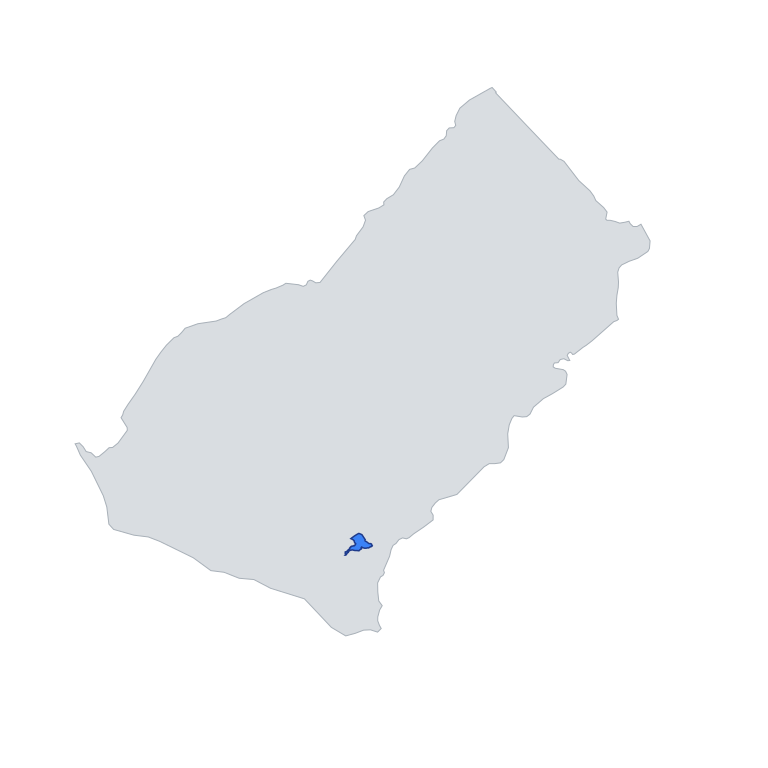 South Dayi, Volta, Ghana shown in context, rotated 47°
{"feature_id": "2480657B27395942809935", "entity_name": "South Dayi", "entity_type": "district", "adm_level": 2, "iso_a3": "GHA", "parent_name": "Ghana", "parent_adm1": "Volta", "projection": "natural_earth1", "projection_center": [0.223, 6.546], "detail": "fine", "context": "in_parent", "style": "filled", "palette": "blue", "viewbox_px": 768, "rotation_deg": 47, "n_neighbors": 0, "source": "geoboundaries", "source_scale": "gbopen_adm2", "svg_char_len": 4939}
<svg xmlns="http://www.w3.org/2000/svg" viewBox="0 0 768 768"><g transform="rotate(47 384 384)"><path d="M460.8,91.8L465.9,97.4L467.0,100.6L465.1,112.6L461.4,121.1L459.0,129.0L459.4,132.9L461.6,136.8L469.4,143.0L473.3,147.0L478.0,153.2L483.4,159.1L492.7,166.9L496.6,168.3L496.4,170.4L495.1,173.4L494.3,202.3L493.6,209.8L492.9,213.5L492.0,224.3L491.1,225.9L489.3,225.7L487.7,226.1L487.3,228.3L488.0,230.5L493.5,232.1L492.3,233.7L488.2,235.2L486.3,238.4L487.1,242.1L484.8,245.1L485.5,247.1L486.9,248.6L489.3,248.0L495.8,243.1L498.5,242.5L501.9,243.6L508.1,251.1L508.4,254.9L505.9,267.6L503.4,277.4L502.9,290.5L505.6,297.8L505.2,301.9L502.4,305.4L495.9,310.4L496.4,313.9L499.3,320.3L504.8,327.5L515.4,336.4L521.0,347.9L521.1,352.6L517.8,357.3L514.0,361.4L512.8,367.3L514.5,406.0L506.1,422.8L506.0,427.6L506.9,433.2L509.1,436.6L513.4,437.5L516.9,440.8L515.7,452.5L513.8,464.6L513.5,470.4L512.5,473.2L509.2,475.4L508.0,479.2L508.8,483.9L508.2,487.4L510.0,491.8L513.8,497.4L519.9,511.3L522.3,512.4L523.3,515.3L522.7,518.1L525.1,524.3L531.9,530.4L539.1,535.8L544.9,536.5L546.3,541.3L550.1,547.4L552.9,550.1L557.3,551.9L560.9,552.8L561.1,557.9L554.6,561.5L550.1,566.8L546.8,574.9L542.1,583.8L526.0,588.5L519.9,588.5L486.9,588.7L456.0,606.3L438.3,612.5L427.3,622.4L412.6,629.4L402.4,637.9L381.0,642.0L346.0,655.4L335.1,660.7L324.0,670.0L306.0,680.9L298.9,680.8L284.9,670.6L274.3,665.5L248.3,657.6L229.0,654.6L219.6,651.3L217.1,650.7L219.3,647.0L224.7,646.8L230.3,647.9L234.6,645.1L240.9,644.7L242.6,641.8L243.1,634.4L243.1,628.5L245.3,625.8L245.8,618.8L242.8,603.3L240.6,601.5L229.3,599.3L228.4,596.2L226.4,593.0L224.3,585.0L221.8,573.1L217.9,558.3L210.3,534.0L208.5,525.3L207.2,516.6L206.9,506.1L208.5,502.2L208.3,496.8L207.6,491.4L213.0,479.0L223.5,463.8L225.7,458.4L227.6,454.5L227.9,449.1L229.8,431.4L234.9,410.0L238.0,402.0L240.2,397.6L242.8,390.5L243.4,387.1L253.1,378.8L257.5,376.5L258.5,373.2L257.0,369.6L257.7,367.1L260.0,365.9L263.5,364.9L266.1,361.5L262.1,335.1L258.9,308.8L258.7,306.6L256.8,303.0L254.8,292.1L251.6,285.8L247.1,283.9L247.1,277.9L251.7,267.8L252.9,261.9L250.7,260.1L250.4,255.5L252.0,248.1L251.2,243.5L250.4,238.6L245.7,227.1L244.5,218.9L247.0,214.2L246.9,203.7L244.4,187.6L244.0,177.5L245.7,173.2L244.9,169.2L241.5,165.4L241.2,161.7L244.2,158.1L243.8,155.2L240.2,153.2L236.9,148.2L234.0,140.4L234.6,127.8L240.2,104.7L240.9,102.7L247.1,102.8L247.1,103.8L266.4,103.6L288.5,103.4L314.9,103.1L338.8,102.8L339.9,101.7L343.9,100.5L368.1,102.8L383.2,101.6L389.6,102.4L394.3,104.0L404.8,103.0L410.4,103.6L414.6,109.4L416.3,109.3L418.6,106.9L422.8,104.1L427.1,101.9L430.1,97.3L432.0,93.9L434.7,94.6L438.7,94.4L441.4,91.5L442.4,87.1L460.8,91.8Z" fill="#d9dde1" stroke="#a8b0b8" stroke-width="1"/><path d="M494.0,502.7L493.9,502.7L493.7,502.9L493.0,502.6L492.8,502.4L492.5,502.3L492.4,502.4L492.2,502.5L491.9,502.6L491.7,502.6L491.2,503.0L491.0,503.3L490.9,503.4L490.8,503.5L490.7,503.6L490.5,503.8L490.4,503.8L490.2,503.9L487.5,504.3L486.9,504.5L486.7,504.6L486.4,504.8L485.9,504.8L485.7,504.8L485.5,504.7L485.4,504.6L485.2,504.5L485.3,504.5L485.2,504.4L485.1,504.2L485.0,503.9L479.1,502.9L477.5,503.6L476.6,504.0L476.0,504.5L475.5,506.5L475.0,509.1L474.6,512.3L474.5,513.7L476.5,512.9L478.3,512.7L478.4,512.8L478.5,512.9L478.7,513.0L478.8,513.1L479.2,513.4L480.2,513.6L480.7,513.7L480.8,513.7L481.0,513.6L481.3,513.6L481.3,513.8L481.5,513.8L481.6,514.0L481.8,514.1L481.8,514.3L481.8,514.5L481.9,514.8L482.0,514.8L482.1,515.1L482.1,515.3L482.1,515.5L482.0,515.8L482.0,516.0L481.9,516.0L481.8,516.3L481.7,516.3L481.7,516.5L481.6,516.8L481.4,517.0L481.3,517.3L481.2,517.4L481.2,517.5L480.8,517.8L480.8,518.0L480.7,518.1L480.6,518.4L480.6,518.5L480.4,518.7L480.4,518.8L480.4,519.0L480.4,519.5L480.5,519.5L480.7,519.8L480.6,520.0L480.7,520.3L480.7,520.6L480.5,520.9L480.5,521.0L480.7,521.3L480.8,521.3L481.0,521.4L481.1,521.5L481.2,521.8L481.3,522.2L481.2,522.3L481.1,522.5L480.9,522.8L480.9,523.0L481.0,524.9L481.1,525.2L481.1,525.3L481.0,525.6L480.9,525.9L480.9,526.0L480.8,526.3L480.6,526.5L480.4,526.8L481.2,527.7L481.3,527.7L481.4,527.8L481.6,527.8L481.7,528.0L481.8,528.0L482.0,528.2L482.1,528.3L482.3,528.5L482.5,528.5L482.7,528.8L482.8,528.9L482.8,529.0L482.9,528.9L483.0,528.7L483.0,528.4L483.1,528.2L483.1,527.9L483.0,527.7L482.9,527.5L482.8,526.8L482.7,526.7L482.7,526.4L482.6,526.2L482.4,525.9L482.3,525.7L482.2,525.5L482.3,525.5L482.5,525.4L482.8,525.1L482.8,524.9L482.7,524.7L482.5,524.4L482.4,524.4L482.3,524.2L482.2,524.2L482.6,522.1L483.8,520.2L485.0,519.5L486.0,518.8L487.1,517.6L488.6,516.3L488.9,516.1L488.8,515.5L488.8,514.8L489.1,513.4L489.2,513.0L489.0,512.7L488.7,512.6L488.3,512.6L488.1,512.3L488.0,511.8L488.0,511.5L488.4,511.4L489.4,511.1L491.1,510.0L492.2,508.6L492.7,507.6L493.3,507.2L493.8,505.6L493.7,505.4L493.6,505.2L494.3,503.8L494.3,503.7L494.4,503.3L494.4,503.2L494.2,503.1L494.2,503.3L494.1,503.2L494.0,502.8L494.0,502.7L494.0,502.7Z" fill="#3b82f6" stroke="#1e3a8a" stroke-width="1.5"/></g></svg>